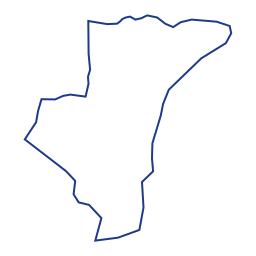 the County of Mbarara, rotated 180°
{"feature_id": "UGA-3374", "entity_name": "Mbarara", "entity_type": "County", "adm_level": 1, "iso_a3": "UGA", "parent_name": "Uganda", "parent_adm1": "", "projection": "mercator", "projection_center": [30.545, -0.528], "detail": "fine", "context": "isolated", "style": "outline", "palette": "blue", "viewbox_px": 256, "rotation_deg": 180, "n_neighbors": 0, "source": "natural_earth", "source_scale": "10m", "svg_char_len": 739}
<svg xmlns="http://www.w3.org/2000/svg" viewBox="0 0 256 256"><g transform="rotate(180 128 128)"><path d="M116.6,26.1L138.1,18.3L160.7,15.4L154.6,37.9L166.9,51.1L177.3,53.6L182.4,61.7L180.8,75.1L189.9,84.8L231.2,116.6L219.9,133.8L217.9,145.1L214.5,156.8L200.8,156.6L192.9,160.1L185.7,161.4L170.4,159.4L167.5,172.2L168.0,179.2L165.9,186.2L167.4,202.2L167.7,235.0L148.9,231.9L139.0,232.3L136.1,234.4L133.6,237.0L129.9,238.6L126.0,239.4L120.6,236.4L114.6,237.8L108.8,240.6L98.8,238.5L90.6,232.2L82.8,228.9L75.3,233.8L64.3,236.4L39.3,234.3L26.3,230.0L24.8,222.7L30.1,212.9L54.7,197.7L87.2,166.3L92.9,152.1L95.3,140.2L103.6,112.7L104.0,97.2L102.9,84.7L114.0,74.0L112.5,48.5L116.6,26.1Z" fill="none" stroke="#1e3a8a" stroke-width="2"/></g></svg>